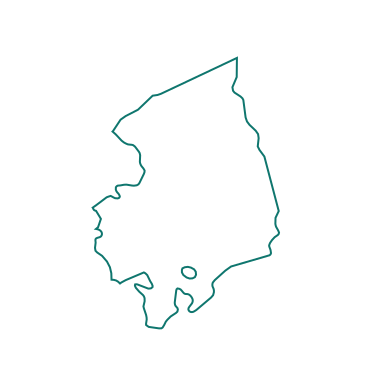 SVG path tracing the border of Pesaro e Urbino, rotated 296°
{"feature_id": "ITA-5428", "entity_name": "Pesaro e Urbino", "entity_type": "Province", "adm_level": 1, "iso_a3": "ITA", "parent_name": "Italy", "parent_adm1": "", "projection": "natural_earth1", "projection_center": [12.507, 43.701], "detail": "fine", "context": "isolated", "style": "outline", "palette": "teal", "viewbox_px": 384, "rotation_deg": 296, "n_neighbors": 0, "source": "natural_earth", "source_scale": "10m", "svg_char_len": 2918}
<svg xmlns="http://www.w3.org/2000/svg" viewBox="0 0 384 384"><g transform="rotate(296 192 192)"><path d="M132.9,111.8L133.4,110.9L134.1,110.1L134.4,109.6L138.2,111.7L149.8,117.6L151.2,118.9L152.8,120.6L152.8,122.0L152.7,123.7L152.7,125.5L153.7,128.1L154.9,129.1L156.1,129.2L157.0,128.5L157.8,127.4L158.4,126.3L158.8,125.1L159.6,123.7L160.7,122.5L162.9,121.5L164.2,121.8L165.2,122.5L166.5,124.7L168.7,127.7L169.9,129.9L171.5,135.2L172.2,137.0L173.8,139.4L175.4,140.5L177.1,140.8L187.2,140.8L189.0,140.6L190.5,140.0L191.2,139.0L191.9,137.9L193.0,135.5L193.6,134.5L194.4,133.5L195.3,132.6L196.3,131.9L202.3,129.3L203.3,128.5L204.2,127.7L204.9,126.6L207.8,120.9L208.1,119.6L208.3,118.3L208.0,117.1L207.1,114.7L206.7,113.5L206.6,112.0L206.6,110.6L206.7,109.0L207.3,106.2L210.4,98.1L211.4,94.5L211.5,94.1L212.1,94.3L225.7,96.1L231.2,99.1L242.3,107.4L261.3,114.4L264.1,118.5L266.6,121.0L332.2,173.6L314.9,181.8L303.9,182.4L301.0,184.5L300.0,186.6L299.1,193.8L298.3,196.3L297.2,197.8L282.5,207.5L279.5,210.5L277.6,214.2L275.0,222.4L273.0,226.0L269.6,228.3L261.8,231.1L259.4,234.2L255.6,241.5L212.9,278.3L205.4,278.4L199.9,280.9L198.6,281.9L197.7,282.7L195.2,286.3L193.7,288.0L192.3,288.3L191.0,288.0L187.6,286.1L183.9,285.0L180.5,284.5L178.8,284.6L177.7,284.8L176.8,285.4L174.3,288.0L171.7,289.8L170.3,289.9L169.1,289.4L142.2,259.8L135.9,256.4L122.8,251.1L119.7,250.4L118.2,250.7L117.1,251.2L116.1,251.9L114.5,253.8L113.2,254.8L111.6,255.6L108.5,256.2L105.5,255.4L87.8,247.6L85.7,246.3L84.7,245.5L84.0,244.5L83.6,243.4L83.6,242.1L84.1,241.0L84.9,240.2L86.1,239.8L87.5,239.9L92.0,240.8L93.5,240.7L94.7,240.3L95.8,239.6L96.6,238.7L97.3,237.7L97.9,236.5L98.3,235.3L98.5,234.0L98.3,232.8L97.4,230.6L97.4,229.4L97.8,228.2L98.9,225.8L99.4,224.5L99.4,222.9L98.9,221.2L97.8,220.8L96.6,221.0L85.2,224.9L84.1,225.5L83.1,226.3L82.4,227.2L81.3,229.8L80.2,230.8L78.1,231.3L76.4,230.7L70.8,227.4L66.5,225.9L64.0,225.3L60.3,225.3L57.3,225.0L56.1,224.3L55.0,222.2L51.8,212.3L52.0,210.8L52.4,209.0L53.6,208.4L57.5,207.2L59.3,206.2L61.3,204.7L66.4,199.7L67.9,198.5L73.1,197.3L75.8,195.9L77.1,194.6L77.9,193.1L79.3,188.2L81.3,183.5L82.7,181.8L84.0,181.4L84.6,182.3L85.0,183.5L86.0,195.0L86.7,196.3L87.5,197.4L89.2,198.2L90.3,197.8L91.9,196.1L93.6,193.4L97.7,188.2L98.5,185.7L98.6,184.0L83.8,171.1L79.6,168.1L78.2,167.4L79.0,164.9L79.2,162.6L78.8,160.4L77.9,158.1L83.6,155.1L88.4,151.2L92.2,146.1L95.2,139.2L96.1,133.2L96.9,131.0L99.3,129.3L104.2,127.6L106.2,126.4L107.2,126.0L108.3,126.2L109.3,127.0L111.0,128.9L112.1,129.6L113.3,129.8L114.5,129.6L115.6,129.0L116.5,128.0L117.1,126.6L117.3,125.0L117.1,123.4L116.7,121.9L119.1,123.0L122.5,122.6L127.9,121.9L129.1,120.1L133.0,114.0L132.8,112.9L132.9,111.8ZM116.7,231.9L119.4,231.9L122.0,230.3L123.4,227.8L123.6,224.2L122.9,221.1L121.2,218.5L119.2,216.9L117.5,217.1L115.3,218.2L113.6,220.6L112.8,224.6L113.2,227.8L114.6,230.3L116.7,231.9Z" fill="none" stroke="#0f766e" stroke-width="2"/></g></svg>